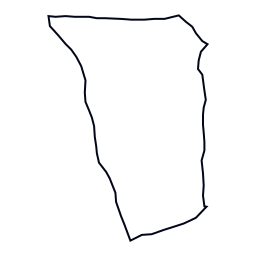 outline of Vothylakas, Cyprus
{"feature_id": "46923920B71614438662685", "entity_name": "Vothylakas", "entity_type": "district", "adm_level": 2, "iso_a3": "CYP", "parent_name": "Cyprus", "parent_adm1": "", "projection": "mercator", "projection_center": [34.194, 35.469], "detail": "fine", "context": "isolated", "style": "outline", "palette": "ink", "viewbox_px": 256, "rotation_deg": 0, "n_neighbors": 0, "source": "geoboundaries", "source_scale": "gbopen_adm2", "svg_char_len": 876}
<svg xmlns="http://www.w3.org/2000/svg" viewBox="0 0 256 256"><path d="M178.8,15.4L164.5,18.9L153.9,18.9L143.9,19.7L131.8,19.7L121.1,18.9L104.7,18.2L96.9,18.2L89.1,16.8L74.8,16.8L65.6,16.1L55.6,16.8L48.5,16.1L49.9,26.1L57.7,34.7L65.6,44.0L71.3,49.7L76.3,56.8L81.2,66.1L85.5,80.4L84.8,92.6L85.5,101.9L89.1,110.5L91.9,117.6L94.1,126.2L94.8,136.9L96.2,146.2L96.9,153.4L99.0,162.7L106.2,172.0L109.7,178.4L115.4,192.7L116.1,202.0L121.1,216.3L124.0,223.5L127.5,232.8L130.4,240.6L141.8,234.9L151.7,234.2L163.8,229.9L175.2,226.3L183.8,223.5L195.9,217.8L206.5,206.7L204.4,206.3L203.0,195.6L203.7,185.6L203.0,173.4L201.6,160.5L204.4,150.5L204.4,141.9L203.7,132.6L203.0,124.8L203.0,114.8L203.7,107.6L205.8,99.8L204.4,90.5L202.3,74.7L198.0,69.0L198.7,60.4L200.9,51.8L207.5,44.2L202.3,41.1L195.9,33.2L192.3,26.8L185.9,21.8L178.8,15.4Z" fill="none" stroke="#020617" stroke-width="2"/></svg>